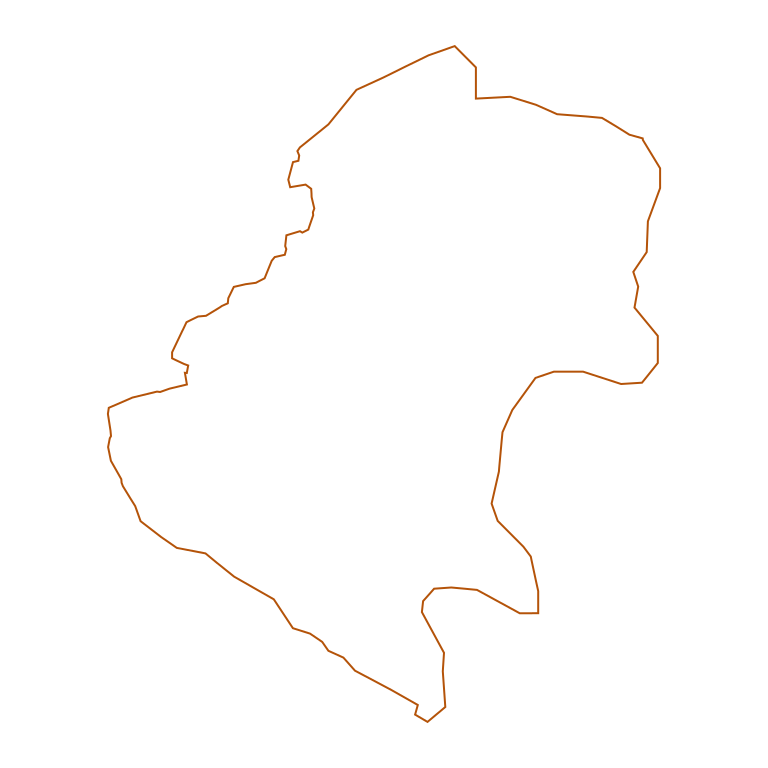 outline of Fen River, River Cess, Liberia
{"feature_id": "62588387B6652087258063", "entity_name": "Fen River", "entity_type": "district", "adm_level": 2, "iso_a3": "LBR", "parent_name": "Liberia", "parent_adm1": "River Cess", "projection": "orthographic", "projection_center": [-9.654, 5.605], "detail": "fine", "context": "isolated", "style": "outline", "palette": "amber", "viewbox_px": 768, "rotation_deg": 0, "n_neighbors": 0, "source": "geoboundaries", "source_scale": "gbopen_adm2", "svg_char_len": 1955}
<svg xmlns="http://www.w3.org/2000/svg" viewBox="0 0 768 768"><path d="M642.7,138.4L629.4,134.7L616.0,126.3L602.0,117.9L586.9,116.5L557.1,114.2L536.0,104.8L510.3,96.8L475.9,98.6L475.9,67.4L454.7,46.1L428.6,55.3L405.6,66.5L383.4,77.5L356.5,89.8L328.4,124.4L308.0,140.9L299.9,147.4L297.4,151.1L299.2,155.5L298.4,160.8L293.0,162.1L288.3,179.7L290.2,187.2L305.6,184.6L311.2,188.8L311.5,193.4L311.6,196.8L311.7,197.5L314.3,208.5L312.9,212.3L313.2,215.2L309.1,227.1L308.3,229.6L302.3,232.6L300.0,231.2L286.4,235.3L285.2,246.1L286.3,249.1L284.8,254.8L282.4,255.3L274.7,257.1L271.7,260.8L270.0,265.0L269.7,265.7L264.6,278.3L260.3,280.5L259.5,280.9L255.9,282.8L245.6,284.2L244.3,284.5L233.8,286.9L228.3,298.2L227.8,303.3L222.0,305.9L219.8,307.4L206.0,315.8L198.1,316.5L191.3,319.8L186.5,322.2L182.9,329.8L182.5,330.5L172.1,352.3L172.1,358.3L176.0,360.2L184.1,364.0L188.2,365.5L188.0,366.5L186.8,373.0L184.9,372.8L185.3,375.1L186.9,384.5L170.2,388.5L169.4,388.7L160.1,392.0L157.0,391.6L132.3,397.6L130.8,398.3L108.8,407.8L107.9,413.9L110.5,430.6L111.0,436.1L109.8,438.2L108.1,447.1L110.9,460.8L118.1,473.5L121.3,479.2L121.6,482.8L122.9,486.2L130.2,498.1L135.2,506.1L140.6,521.2L161.1,537.0L176.8,547.9L205.5,553.4L217.1,563.0L225.1,569.4L234.2,576.7L273.8,599.3L292.9,628.2L310.0,633.6L322.2,641.9L328.4,650.8L343.4,657.6L355.0,670.7L391.2,689.9L417.8,705.0L415.1,714.6L427.5,721.9L445.3,707.0L442.8,671.3L444.0,652.8L441.5,648.2L421.9,612.1L423.1,601.1L430.6,592.7L434.1,588.7L451.3,587.5L464.5,588.7L477.0,589.9L519.8,613.3L538.2,613.2L538.2,591.1L536.0,581.1L531.5,560.1L530.8,556.6L523.4,546.7L500.8,524.0L497.7,520.9L491.6,503.6L498.9,471.6L499.3,466.7L501.8,439.3L502.5,432.2L512.3,410.0L535.5,377.9L553.8,371.7L583.2,371.7L621.1,384.0L642.0,382.7L647.9,375.4L657.8,363.0L657.8,335.9L634.5,307.6L638.2,286.6L633.3,271.9L646.7,252.1L647.9,221.3L650.4,214.5L660.1,188.1L660.1,168.3L642.9,140.0L642.7,138.4Z" fill="none" stroke="#b45309" stroke-width="2"/></svg>